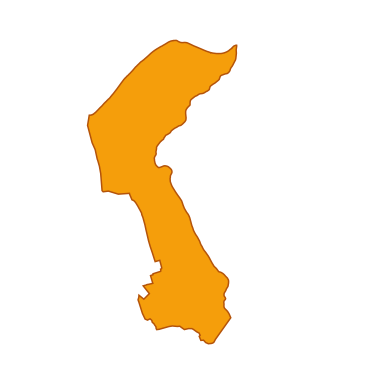 the district of Sukamara, Kalimantan Tengah, Indonesia, rotated 163°
{"feature_id": "22746128B44365111458704", "entity_name": "Sukamara", "entity_type": "district", "adm_level": 2, "iso_a3": "IDN", "parent_name": "Indonesia", "parent_adm1": "Kalimantan Tengah", "projection": "natural_earth1", "projection_center": [111.051, -2.56], "detail": "fine", "context": "isolated", "style": "filled", "palette": "amber", "viewbox_px": 384, "rotation_deg": 163, "n_neighbors": 0, "source": "geoboundaries", "source_scale": "gbopen_adm2", "svg_char_len": 5768}
<svg xmlns="http://www.w3.org/2000/svg" viewBox="0 0 384 384"><g transform="rotate(163 192 192)"><path d="M106.4,319.3L106.6,319.4L107.0,319.5L107.7,319.5L109.4,319.3L110.2,318.9L110.7,318.6L111.3,318.3L111.4,318.2L111.5,318.2L111.8,318.0L111.8,317.9L112.0,317.9L112.2,317.7L112.3,317.7L112.5,317.6L112.8,317.5L114.0,317.1L115.8,316.3L117.7,315.9L118.2,315.8L121.1,315.6L121.3,315.7L121.9,315.7L123.6,315.9L127.1,316.9L127.6,317.1L128.0,317.2L131.4,318.7L133.3,319.8L133.4,319.7L133.5,319.9L135.3,321.2L135.5,321.3L135.7,321.5L136.5,322.0L139.2,324.2L142.1,326.7L142.5,327.0L144.4,328.6L144.5,328.7L147.8,331.4L149.5,333.0L152.3,335.5L152.9,336.0L153.9,336.6L155.4,337.2L156.9,337.5L158.2,337.9L158.8,338.2L159.0,338.3L159.7,338.7L160.9,339.8L161.5,340.4L161.6,340.5L161.9,340.9L162.4,341.4L162.9,341.6L163.6,341.8L165.1,342.2L165.6,342.3L165.8,342.2L166.0,342.3L167.8,342.5L168.4,342.5L170.3,342.3L171.2,342.1L174.5,341.2L176.8,340.7L177.8,340.4L178.5,340.3L179.1,340.2L179.4,340.2L179.8,340.0L180.3,340.0L180.9,339.8L184.2,339.0L184.3,338.9L184.7,338.8L184.8,338.8L185.0,338.7L185.3,338.7L186.1,338.4L186.6,338.3L186.8,338.1L187.0,338.1L187.7,337.9L190.9,336.6L194.1,335.0L198.8,332.9L199.0,332.7L199.4,332.6L199.7,332.4L200.0,332.4L200.4,332.2L200.8,332.1L201.1,332.0L201.5,331.8L201.8,331.7L202.0,331.6L202.5,331.5L203.1,331.3L205.1,330.2L207.7,328.9L207.9,328.7L208.5,328.4L209.0,328.2L209.3,328.1L212.1,326.3L212.5,326.1L213.2,325.5L213.7,325.3L216.8,323.5L217.9,323.0L218.7,322.5L219.7,322.0L220.6,321.7L221.4,321.1L222.2,320.7L222.4,320.7L222.7,320.4L223.8,319.8L224.0,319.7L225.8,318.4L226.4,317.9L227.2,317.4L228.1,316.7L233.8,312.4L235.8,311.0L236.6,310.4L238.9,308.8L240.0,308.2L240.4,307.8L241.8,307.0L242.1,306.7L243.3,305.9L244.3,305.4L245.1,305.1L245.7,304.7L246.6,304.3L247.8,303.5L248.4,303.4L248.7,303.1L250.0,302.5L250.3,302.3L253.2,300.5L255.1,299.6L258.6,297.6L259.4,297.2L260.6,296.5L261.4,296.2L261.6,296.0L261.9,296.0L263.3,295.4L263.5,295.2L263.7,295.3L264.2,295.2L264.4,295.1L264.7,295.2L264.9,295.1L265.0,295.1L265.4,295.1L265.5,295.0L266.8,295.2L267.8,295.5L272.4,286.2L273.1,268.3L272.2,260.8L273.0,251.2L272.9,249.8L273.0,243.8L273.9,236.4L277.6,219.6L276.9,218.2L271.7,217.3L263.1,211.5L252.2,209.0L252.3,208.0L251.7,202.1L250.3,200.9L249.8,200.1L249.4,199.3L248.9,198.0L247.9,194.2L247.5,192.1L247.1,190.3L246.4,186.6L246.6,185.4L246.6,184.4L246.4,182.5L246.4,181.3L246.6,174.4L247.0,169.9L247.8,158.2L247.9,152.2L247.7,145.6L247.6,136.2L242.8,136.1L243.1,128.5L243.5,127.6L244.6,127.4L244.6,126.6L245.2,125.3L253.2,125.2L253.5,124.3L256.1,124.2L256.2,116.1L260.5,116.4L261.3,116.5L261.7,116.6L262.4,116.6L263.5,116.4L264.5,116.5L266.1,116.5L262.5,107.3L269.4,103.6L272.9,108.8L273.6,107.0L275.1,104.7L275.1,103.3L275.0,102.6L274.9,90.4L274.0,84.2L272.0,82.5L269.2,83.0L268.1,81.2L267.9,80.3L268.2,79.5L267.5,78.0L266.9,77.3L266.8,76.4L265.9,73.7L266.2,71.9L266.0,70.7L263.6,70.3L253.5,70.1L249.9,69.6L245.3,67.7L242.9,67.2L241.6,65.4L239.5,62.7L235.2,62.4L231.9,61.3L230.7,60.0L228.3,56.8L226.5,55.1L226.1,52.6L227.3,51.9L226.9,47.5L224.3,46.9L222.9,44.0L220.7,42.1L217.7,41.5L216.2,41.5L214.9,42.0L212.6,44.3L191.7,60.4L191.9,62.2L192.1,64.2L192.3,65.2L192.9,67.4L193.6,68.9L194.1,69.8L194.8,71.1L195.0,72.3L194.9,73.3L194.6,74.3L194.2,75.4L193.8,77.4L193.3,78.3L192.4,79.0L191.5,79.5L191.0,80.4L191.2,81.7L191.6,82.8L191.6,84.0L190.9,85.7L190.3,86.3L188.7,87.7L188.1,88.4L187.6,89.1L187.0,89.7L186.1,90.4L185.1,91.4L183.7,94.2L183.2,95.6L182.9,97.0L183.3,99.3L184.6,101.8L185.3,103.4L186.2,104.9L187.4,106.3L188.2,107.0L189.1,107.5L189.7,108.0L190.1,108.9L190.8,111.0L191.2,112.0L192.6,114.4L193.6,118.3L194.4,122.3L194.6,123.6L195.2,126.1L195.9,128.2L196.6,130.4L197.3,132.1L197.7,133.3L198.0,134.6L198.4,137.2L198.8,138.6L199.0,140.1L199.1,142.7L199.4,144.2L200.0,147.2L200.4,148.6L200.9,150.2L201.2,151.5L201.7,154.2L201.8,155.3L201.8,157.4L201.9,158.9L202.0,160.0L201.8,165.0L201.7,167.9L201.8,169.3L202.0,170.8L202.4,172.4L203.0,173.9L203.4,175.5L204.1,178.6L204.3,181.1L204.4,182.8L204.4,184.2L204.5,186.5L205.6,190.3L206.5,192.8L207.8,197.0L209.2,202.4L209.5,204.0L209.6,205.4L209.7,207.1L209.7,208.4L209.3,210.1L209.1,211.1L208.5,212.2L208.3,212.8L208.0,213.6L207.6,214.2L207.0,214.9L206.3,215.5L205.5,216.5L205.1,217.8L205.1,218.7L205.2,219.4L205.5,220.2L205.9,221.0L207.0,222.7L207.6,223.4L208.5,224.1L209.6,224.7L210.6,225.1L211.7,225.2L213.3,225.0L215.6,224.9L216.8,225.1L217.4,225.9L218.1,227.1L218.6,228.2L218.8,229.3L218.9,230.5L218.8,231.7L218.7,232.9L218.3,234.5L218.2,235.4L217.2,236.8L216.1,237.7L215.6,238.2L215.1,239.0L214.8,240.9L214.4,241.6L213.3,243.7L212.9,245.0L212.3,245.8L209.8,247.7L207.5,249.3L206.3,249.8L205.6,250.2L204.9,250.4L204.1,250.7L203.6,251.0L203.1,251.8L201.8,252.8L200.8,253.7L200.2,254.0L198.6,254.2L196.1,254.9L195.4,255.2L193.8,256.6L191.5,257.5L189.6,258.1L187.7,258.4L186.0,258.9L185.3,259.1L184.0,259.0L183.2,259.0L181.3,259.7L179.2,260.8L178.3,261.3L177.7,261.8L177.0,262.4L176.7,262.9L176.5,263.4L176.2,264.1L175.9,265.0L175.7,266.2L175.1,269.1L174.4,271.2L173.6,272.4L172.9,273.0L171.8,273.9L170.6,274.6L169.9,275.0L168.9,275.4L168.4,275.9L167.7,278.1L167.3,279.0L166.6,280.1L166.1,280.5L165.3,280.9L162.8,281.9L160.9,282.6L159.3,282.7L158.3,283.0L157.0,283.4L155.9,283.6L155.2,283.5L154.3,283.3L152.8,283.1L151.0,283.3L149.5,283.8L148.0,284.0L146.1,284.6L145.4,285.1L144.7,286.3L143.8,287.6L142.8,288.1L139.9,289.1L138.4,289.4L134.2,291.1L133.1,291.7L131.5,293.9L130.7,294.7L129.7,295.0L127.7,295.1L126.7,295.2L125.0,295.2L124.1,295.0L123.2,295.1L121.7,295.8L120.3,296.9L119.4,298.3L118.3,299.5L117.0,300.4L115.6,301.7L113.6,303.8L111.8,305.6L111.0,307.0L109.0,311.7L108.2,315.0L107.1,317.4L106.6,318.5L106.4,319.3Z" fill="#f59e0b" stroke="#b45309" stroke-width="1.5"/></g></svg>